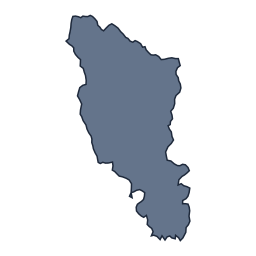 outline of São José da Safira, Minas Gerais, Brazil
{"feature_id": "56859067B51877249726479", "entity_name": "São José da Safira", "entity_type": "district", "adm_level": 2, "iso_a3": "BRA", "parent_name": "Brazil", "parent_adm1": "Minas Gerais", "projection": "equal_earth", "projection_center": [-42.12, -18.326], "detail": "fine", "context": "isolated", "style": "filled", "palette": "slate", "viewbox_px": 256, "rotation_deg": 0, "n_neighbors": 0, "source": "geoboundaries", "source_scale": "gbopen_adm2", "svg_char_len": 2430}
<svg xmlns="http://www.w3.org/2000/svg" viewBox="0 0 256 256"><path d="M66.1,41.1L69.4,44.3L71.8,45.8L73.7,47.8L73.8,51.2L75.5,54.5L78.0,57.4L80.5,59.6L80.4,62.7L80.2,66.0L83.3,68.4L84.3,72.2L85.5,75.5L86.2,80.4L86.0,84.4L82.8,85.3L79.8,87.6L78.6,91.6L77.5,95.9L79.6,99.5L81.7,104.0L80.5,110.0L80.2,114.2L81.7,116.6L83.1,120.6L86.0,125.0L87.0,129.0L88.8,132.8L91.1,136.1L91.9,139.1L91.8,142.6L92.8,145.6L93.4,148.8L95.1,152.7L97.1,156.3L97.6,159.3L98.2,162.4L100.3,163.5L102.8,162.3L105.5,163.1L108.4,163.0L112.5,162.1L113.0,165.9L112.3,170.1L114.7,171.5L117.2,174.1L119.2,176.1L122.4,176.8L126.3,178.3L129.2,180.0L131.5,183.7L131.4,187.9L131.1,192.6L133.7,191.9L136.5,190.3L139.7,189.6L142.1,190.8L144.7,192.6L144.4,196.3L143.5,199.5L141.4,201.5L139.4,202.8L137.4,204.3L136.2,207.2L136.5,211.0L138.7,213.8L141.3,216.0L143.7,217.3L146.4,215.4L147.7,219.9L147.2,224.4L149.2,226.5L151.7,228.4L153.1,231.7L151.4,235.8L153.7,235.2L157.0,236.4L160.1,239.6L162.0,235.8L165.0,240.0L167.2,236.8L169.8,236.0L171.8,237.9L175.2,238.8L175.6,235.3L178.6,237.7L180.3,240.6L182.9,237.9L184.4,235.0L185.8,232.3L186.1,227.5L188.4,224.7L189.9,221.1L189.0,216.1L189.7,210.8L189.2,207.2L188.0,204.1L185.4,203.7L182.6,203.7L182.7,200.5L186.0,198.7L187.9,196.3L189.1,192.6L189.8,188.1L186.8,186.6L183.7,185.7L181.2,183.7L178.1,185.0L178.9,179.7L182.0,176.4L184.4,175.0L186.8,173.1L189.3,170.7L188.0,167.5L185.4,164.8L182.6,164.3L179.9,165.7L177.5,165.6L174.3,163.9L170.9,161.0L167.2,160.2L166.4,156.4L165.6,152.0L168.0,146.7L171.3,143.4L173.5,140.0L172.0,136.5L171.3,131.9L169.3,129.0L168.1,125.7L170.2,124.6L170.5,121.4L172.5,118.8L172.0,115.1L170.7,111.3L173.3,108.2L174.7,103.7L174.6,99.2L176.0,95.5L179.7,92.1L180.9,88.0L180.3,84.1L178.7,80.8L178.2,77.6L176.1,74.5L175.9,71.4L177.5,67.7L180.2,65.6L179.3,62.4L178.3,58.6L175.5,58.6L171.8,57.8L168.3,58.3L164.5,59.3L161.2,59.6L158.7,56.5L155.7,54.8L153.2,55.1L150.9,54.8L148.5,52.5L146.1,49.8L145.0,46.7L142.6,47.2L140.6,43.7L137.4,41.6L135.1,40.6L132.8,42.2L130.2,41.2L127.9,38.4L125.7,37.4L123.2,34.1L120.6,31.6L118.0,28.1L114.7,25.6L111.8,23.8L108.9,25.3L106.2,28.0L103.6,30.8L101.4,29.5L99.9,27.2L97.8,25.3L97.0,21.4L94.8,18.7L92.5,16.5L90.2,15.4L87.8,16.6L85.2,16.5L82.9,16.1L80.8,17.7L78.3,16.7L75.5,16.1L72.9,16.4L71.8,19.5L71.1,23.4L70.8,27.6L70.0,32.1L69.3,35.1L69.0,38.7L66.1,41.1ZM131.1,192.6L129.5,196.3L132.1,197.7L131.1,192.6Z" fill="#64748b" stroke="#1e293b" stroke-width="1.5"/></svg>